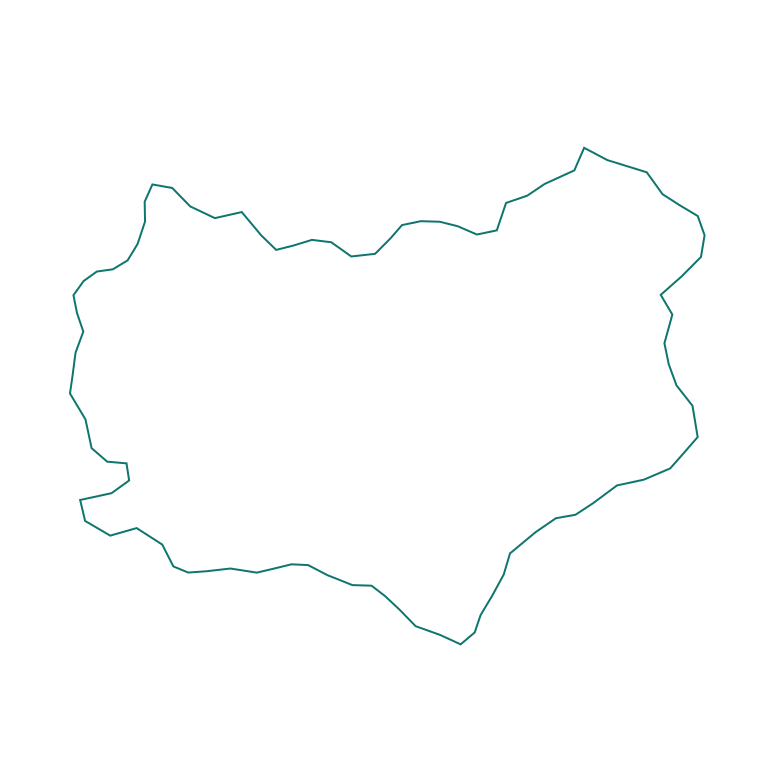 Pedra Dourada, Minas Gerais, Brazil (orthographic projection), rotated 185°
{"feature_id": "56859067B93045983783777", "entity_name": "Pedra Dourada", "entity_type": "district", "adm_level": 2, "iso_a3": "BRA", "parent_name": "Brazil", "parent_adm1": "Minas Gerais", "projection": "orthographic", "projection_center": [-42.153, -20.828], "detail": "fine", "context": "isolated", "style": "outline", "palette": "teal", "viewbox_px": 768, "rotation_deg": 185, "n_neighbors": 0, "source": "geoboundaries", "source_scale": "gbopen_adm2", "svg_char_len": 1285}
<svg xmlns="http://www.w3.org/2000/svg" viewBox="0 0 768 768"><g transform="rotate(185 384 384)"><path d="M116.7,311.4L91.5,324.9L79.9,340.6L66.9,358.5L74.8,389.2L92.5,408.1L102.1,428.6L108.2,449.0L102.8,478.3L116.1,496.9L97.0,517.0L79.3,538.2L77.6,560.1L86.1,578.7L104.9,587.8L123.0,597.3L140.7,617.8L162.5,622.5L181.0,626.5L205.2,636.7L213.0,613.4L241.4,597.3L257.7,584.1L278.2,575.0L285.0,546.9L304.5,541.0L324.3,547.6L342.7,550.5L361.5,549.4L379.9,543.9L390.2,529.7L404.2,512.9L427.7,508.2L448.9,520.6L468.3,521.3L486.4,514.0L503.1,508.2L519.2,521.3L540.7,542.9L566.9,534.5L592.5,544.0L612.0,560.8L632.1,562.6L638.3,544.7L636.2,525.0L641.7,502.0L650.2,484.8L664.2,474.6L679.9,471.0L692.2,460.4L701.1,445.4L696.0,427.9L688.1,410.0L694.0,388.4L695.0,365.0L696.0,347.2L678.3,322.7L669.7,294.6L653.0,282.5L633.6,282.5L629.5,265.7L645.9,251.5L676.6,242.0L669.8,221.5L643.5,209.1L617.9,218.9L590.9,204.7L577.9,183.9L562.6,179.1L544.5,182.0L520.9,186.8L494.3,185.0L477.9,190.4L460.5,196.3L443.8,197.0L423.6,188.6L398.0,180.9L378.9,182.0L364.6,172.9L348.8,160.5L331.4,145.5L306.2,138.9L285.0,131.3L272.0,144.4L267.6,162.3L258.0,182.0L248.1,204.7L243.7,226.2L220.1,249.6L201.0,265.3L181.9,270.4L165.2,283.6L143.0,303.3L116.7,311.4Z" fill="none" stroke="#0f766e" stroke-width="2"/></g></svg>